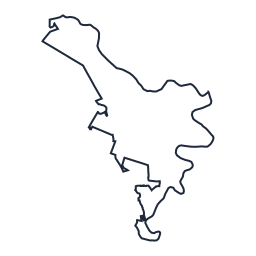 Horia, Neamt, Romania (Albers equal-area conic projection)
{"feature_id": "2599482B76936506644136", "entity_name": "Horia", "entity_type": "district", "adm_level": 2, "iso_a3": "ROU", "parent_name": "Romania", "parent_adm1": "Neamt", "projection": "albers", "projection_center": [26.909, 46.892], "detail": "fine", "context": "isolated", "style": "outline", "palette": "slate", "viewbox_px": 256, "rotation_deg": 0, "n_neighbors": 0, "source": "geoboundaries", "source_scale": "gbopen_adm2", "svg_char_len": 5781}
<svg xmlns="http://www.w3.org/2000/svg" viewBox="0 0 256 256"><path d="M211.2,134.4L207.3,129.8L205.9,128.4L202.8,126.1L201.5,124.4L199.6,123.4L195.0,120.4L193.1,118.6L191.9,114.8L192.5,112.1L195.1,110.1L197.2,109.5L202.2,108.1L209.3,105.0L210.3,104.1L210.9,103.4L211.2,102.1L211.3,100.8L210.6,98.8L209.8,96.2L209.6,95.8L209.5,95.2L208.9,93.0L208.5,92.1L208.3,91.9L208.2,92.2L204.3,95.3L202.2,95.9L200.6,95.1L199.4,93.9L195.7,88.2L193.2,85.5L191.6,84.5L190.6,84.0L181.2,85.9L179.2,85.2L175.9,82.8L174.3,81.2L171.8,80.6L169.2,80.6L167.4,80.9L161.5,89.1L156.2,91.5L152.6,91.4L150.2,90.8L147.3,91.1L143.5,89.2L141.2,85.6L138.6,83.2L136.2,79.3L132.8,75.7L129.8,73.3L126.8,71.7L122.7,69.6L119.8,68.8L116.6,68.1L108.5,60.8L101.9,54.2L99.0,50.1L97.4,46.1L98.9,38.5L99.1,33.6L98.9,32.7L98.6,32.0L98.4,31.4L97.9,30.8L97.4,30.2L96.7,29.5L95.3,28.4L94.1,27.7L93.7,27.5L92.8,26.8L91.6,25.6L89.8,24.7L87.7,25.0L85.2,25.1L82.8,24.9L80.9,24.2L80.1,23.4L79.5,22.1L78.2,20.0L76.3,18.7L74.3,17.7L73.7,17.5L70.5,17.0L69.8,17.0L69.3,17.0L68.5,17.2L67.7,17.3L66.5,17.3L65.7,17.1L64.8,16.7L64.5,16.5L63.6,15.7L63.0,15.4L62.9,15.4L61.7,16.2L60.1,17.1L59.3,17.5L57.9,17.7L56.7,18.1L49.7,19.6L49.7,24.1L49.6,26.4L49.7,26.6L50.1,27.2L50.6,27.5L51.2,27.3L52.7,26.7L53.3,26.3L53.8,25.8L53.9,25.7L54.0,25.1L54.1,24.1L54.3,23.5L54.4,23.4L55.4,25.2L56.3,26.4L57.9,28.9L50.7,31.5L50.3,31.7L50.0,31.9L49.7,32.3L48.9,33.2L43.6,39.6L43.2,40.2L42.5,41.3L60.8,52.2L70.9,58.3L83.0,65.5L87.5,73.7L88.0,74.5L88.6,75.7L90.0,78.0L90.1,78.3L93.5,84.4L94.2,85.8L98.9,93.9L100.2,96.0L100.4,96.4L101.2,97.7L101.7,98.6L96.7,100.6L96.0,100.9L96.1,101.1L96.8,102.2L97.2,102.6L98.6,104.3L98.8,104.3L99.5,104.2L100.0,104.3L100.7,104.7L101.2,104.9L102.8,105.2L104.0,105.6L104.4,105.8L105.1,106.3L105.7,106.9L106.3,107.5L106.4,107.8L106.4,108.4L106.4,108.9L106.4,109.3L106.3,109.8L106.2,110.5L106.2,111.0L106.2,111.5L106.5,112.9L106.7,113.9L106.9,114.2L107.3,116.2L107.4,116.4L107.0,116.0L106.8,115.9L106.7,115.7L106.7,115.3L106.1,115.0L106.1,114.9L106.2,114.6L106.0,114.4L105.9,114.4L105.8,114.2L106.1,114.0L106.1,113.8L105.6,112.9L105.3,112.9L105.3,112.2L105.2,111.9L105.3,111.3L105.3,111.1L105.2,111.4L104.9,111.7L104.3,112.4L102.9,113.0L102.4,113.2L101.7,113.6L101.3,113.7L100.9,113.7L100.4,113.8L99.5,113.7L99.1,113.5L98.7,113.0L98.2,112.1L97.8,112.0L94.7,117.2L91.4,122.8L89.1,126.8L88.8,127.5L89.2,127.8L89.7,127.8L90.2,127.7L90.4,127.7L90.5,127.9L90.0,128.8L90.0,129.1L90.4,129.4L90.5,129.6L90.7,129.9L90.7,130.1L90.9,129.5L91.2,128.8L92.3,126.7L94.9,127.8L96.2,128.4L99.1,129.6L111.5,134.8L111.9,134.9L112.1,134.9L112.6,134.8L113.1,137.0L113.3,138.0L113.4,138.7L113.5,140.3L113.4,141.1L115.3,141.3L112.8,148.0L110.8,153.3L111.0,153.4L115.4,154.9L115.4,155.7L115.4,157.1L115.6,158.1L115.8,158.7L116.4,159.4L117.3,160.8L117.4,161.0L119.3,163.9L121.0,166.7L122.0,168.6L123.3,171.6L127.8,170.3L126.8,169.6L125.2,168.7L124.5,168.5L124.0,168.1L123.6,167.7L123.3,167.2L123.1,166.6L122.6,165.9L122.1,165.4L123.6,160.6L124.2,158.7L124.5,157.7L136.4,161.5L140.0,162.6L141.6,163.1L147.9,165.2L148.2,168.1L148.2,169.0L148.3,171.2L148.4,173.4L148.5,173.5L148.5,174.4L148.6,175.6L148.6,176.3L148.5,176.6L148.5,176.9L148.2,177.3L148.2,177.6L148.3,177.7L148.3,178.6L148.3,178.9L148.6,180.2L149.1,180.6L156.1,181.4L157.8,181.4L159.7,181.2L159.7,181.8L159.9,182.6L159.9,182.9L159.6,183.6L159.4,185.1L159.3,186.2L158.2,186.1L157.6,186.1L157.0,186.3L156.0,186.4L155.9,186.5L155.9,186.8L154.9,187.4L153.7,188.4L153.1,188.9L152.8,189.2L152.4,189.5L152.0,189.8L151.7,190.2L151.3,189.5L150.9,189.1L150.5,188.5L150.3,188.1L149.9,187.5L149.3,186.7L149.0,186.5L148.8,186.2L148.5,185.7L146.7,185.7L146.5,185.8L146.3,186.0L145.9,186.1L145.3,185.9L144.8,185.9L144.4,185.5L143.4,185.4L143.4,186.0L142.6,186.0L140.9,186.0L140.8,185.6L140.0,185.6L139.9,185.7L139.8,185.8L139.0,185.7L137.1,185.8L136.6,185.9L135.8,186.2L135.8,186.3L135.8,188.2L135.8,188.4L135.8,188.6L135.6,189.0L135.6,189.4L135.5,189.6L135.4,189.6L135.2,190.0L135.3,190.1L135.5,190.1L135.8,190.2L136.0,190.5L136.0,191.0L136.3,191.4L136.5,191.5L136.7,192.0L136.8,192.2L137.7,193.1L138.5,193.3L139.1,193.4L139.5,193.5L139.7,193.9L139.9,194.7L140.1,195.4L140.0,195.6L140.0,196.2L139.6,197.3L139.3,197.5L138.5,198.0L138.4,199.1L138.4,199.5L138.5,199.9L138.5,200.3L138.9,200.3L138.9,200.6L139.2,200.8L139.4,200.5L139.6,200.5L139.6,201.1L140.0,202.1L140.3,203.2L140.7,204.2L141.5,205.3L142.0,205.8L142.2,207.2L142.4,207.3L142.6,207.6L142.7,207.9L142.7,208.7L142.8,209.0L142.8,209.3L143.2,209.8L143.9,212.1L144.0,212.7L143.9,213.0L144.0,213.7L143.9,214.8L145.4,219.8L143.6,220.3L143.1,218.6L143.0,218.2L142.2,215.8L140.8,216.1L140.9,216.9L141.5,221.0L139.4,220.5L137.1,220.1L137.0,220.6L137.1,221.2L137.1,222.3L136.8,223.0L136.6,223.4L136.4,223.7L135.3,225.7L136.8,227.4L138.7,231.0L138.8,233.8L140.0,236.2L141.7,238.3L149.8,240.4L152.8,240.4L154.9,240.6L156.8,240.2L158.5,238.7L159.8,235.0L160.2,232.8L159.5,231.8L158.5,231.6L157.5,231.7L155.4,232.4L154.0,233.2L151.4,232.6L149.3,230.5L147.2,226.8L145.3,222.8L145.6,221.3L145.9,220.5L146.6,219.8L147.8,218.7L149.4,217.7L151.8,216.4L153.2,214.9L154.4,212.1L155.9,208.2L157.7,204.4L160.8,200.9L163.6,198.4L164.7,195.6L165.0,194.4L168.4,188.1L170.5,187.0L173.3,187.7L174.9,190.3L178.4,192.6L180.9,193.9L183.4,193.0L183.9,191.1L183.5,188.5L182.3,186.1L180.7,183.4L180.2,181.4L181.5,179.0L182.9,176.6L183.4,173.3L184.8,171.1L186.6,170.3L187.9,169.9L189.5,169.5L190.7,168.6L192.2,167.3L192.8,165.5L192.4,163.8L191.2,161.8L188.9,160.8L185.5,160.0L180.8,158.2L176.9,155.3L175.8,152.8L176.2,149.6L177.4,147.4L179.3,145.8L181.5,145.4L186.8,146.2L191.4,146.7L195.5,146.8L201.7,146.4L205.6,146.7L207.5,146.6L210.4,144.3L211.9,142.2L213.1,139.8L213.3,139.1L213.3,138.3L213.5,137.4L212.8,136.1L211.2,134.4Z" fill="none" stroke="#1e293b" stroke-width="2"/></svg>